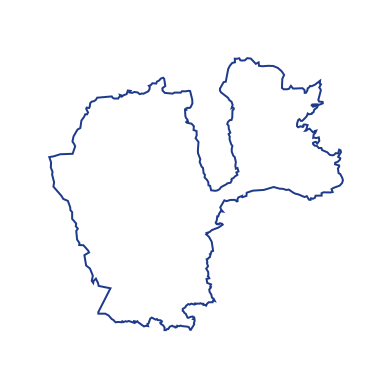 the district of Pano Lefkara, Larnaca, Cyprus, rotated 280°
{"feature_id": "46923920B84753729201746", "entity_name": "Pano Lefkara", "entity_type": "district", "adm_level": 2, "iso_a3": "CYP", "parent_name": "Cyprus", "parent_adm1": "Larnaca", "projection": "natural_earth1", "projection_center": [33.315, 34.87], "detail": "fine", "context": "isolated", "style": "outline", "palette": "blue", "viewbox_px": 384, "rotation_deg": 280, "n_neighbors": 0, "source": "geoboundaries", "source_scale": "gbopen_adm2", "svg_char_len": 6010}
<svg xmlns="http://www.w3.org/2000/svg" viewBox="0 0 384 384"><g transform="rotate(280 192 192)"><path d="M83.3,116.4L83.0,128.4L57.5,120.6L55.9,120.9L57.1,127.7L56.0,131.2L52.9,135.1L52.4,136.6L50.4,139.4L51.2,141.7L51.5,145.5L52.6,145.8L52.0,147.2L53.2,149.0L53.0,150.4L54.0,152.2L53.2,157.2L54.7,157.2L54.7,158.9L53.7,159.0L55.2,160.7L54.3,161.7L51.3,168.0L52.3,170.1L52.3,172.0L54.1,171.0L55.0,172.0L60.1,172.9L61.3,174.2L60.0,178.3L60.8,179.5L59.9,180.4L60.2,183.3L59.4,184.9L58.3,184.5L57.7,183.5L56.8,184.0L55.6,186.8L53.8,188.5L51.2,188.9L51.5,190.4L52.9,191.5L53.0,192.5L55.5,193.5L56.9,195.8L56.2,197.2L56.4,198.8L55.7,199.2L56.2,200.4L57.7,200.6L57.6,202.6L58.5,204.0L58.2,205.6L58.6,211.2L58.3,212.4L56.0,214.1L56.0,214.7L62.2,217.2L63.2,216.6L65.7,217.0L67.0,216.6L67.0,215.7L67.7,216.4L68.9,215.9L68.6,214.9L69.5,214.3L68.8,212.3L67.5,210.4L67.4,209.5L70.9,207.1L71.7,205.4L73.1,204.3L73.3,203.5L75.3,203.2L77.3,205.5L78.7,205.8L81.0,207.8L80.7,209.2L81.9,210.7L81.6,213.9L82.1,214.9L82.7,214.5L83.3,218.6L83.9,219.5L83.6,220.6L83.9,222.6L82.8,222.8L83.0,224.5L82.5,225.6L84.5,226.2L86.3,227.6L87.0,231.4L89.0,231.7L88.7,233.3L90.7,231.8L91.5,230.0L94.3,228.8L96.9,226.6L99.0,225.9L100.7,227.0L101.7,227.2L101.9,226.4L104.3,226.8L105.1,222.8L108.9,221.4L110.0,224.0L111.2,223.2L111.8,222.2L113.1,222.5L116.1,221.8L119.0,219.3L121.6,220.7L124.7,219.0L125.7,219.3L128.3,218.1L129.2,219.6L130.1,219.8L130.9,220.9L133.9,221.1L134.1,220.6L135.2,221.4L136.9,221.5L137.7,223.0L146.3,220.1L150.8,216.5L152.8,213.3L153.8,214.4L154.3,213.7L155.7,216.3L157.9,218.1L161.7,224.4L165.2,227.9L166.0,227.1L166.0,224.7L164.9,224.1L164.7,223.2L165.2,222.8L164.7,221.8L165.8,220.7L168.3,221.3L172.4,221.1L172.5,222.1L175.3,222.5L178.1,223.6L178.1,225.7L179.8,223.7L181.8,222.5L189.4,225.3L189.0,227.6L190.8,231.1L191.7,235.5L190.5,237.8L190.9,238.5L192.6,238.0L194.7,238.6L196.7,241.7L196.0,241.6L195.6,242.4L197.6,246.3L200.8,246.0L203.9,251.7L206.5,262.3L211.1,271.6L210.5,277.6L210.9,281.0L210.4,284.6L211.2,286.9L209.0,291.7L208.3,294.0L208.1,297.3L206.6,303.6L207.8,305.8L204.8,308.5L204.8,310.1L206.5,310.3L206.3,312.2L207.7,314.1L209.8,314.3L211.0,320.3L213.3,319.8L214.5,321.5L215.6,328.5L216.4,330.5L219.0,328.9L220.6,330.6L223.9,336.3L226.8,338.2L229.8,338.6L232.0,337.5L235.4,334.9L236.0,333.1L240.5,331.6L242.5,332.5L243.7,332.3L244.1,328.1L245.7,327.9L247.0,330.2L249.4,332.0L251.0,332.2L252.0,329.8L257.1,331.8L258.8,331.1L259.3,329.6L255.8,329.2L255.3,328.8L255.2,326.8L253.2,325.4L252.5,324.1L252.5,321.2L254.6,318.4L255.9,312.8L257.8,311.8L257.3,309.3L259.1,306.9L258.9,304.9L260.0,303.1L261.3,302.6L261.9,303.2L262.9,305.2L261.4,306.9L264.5,308.5L267.8,307.4L266.7,305.0L266.8,302.8L266.4,302.0L269.7,301.8L271.4,303.1L274.0,303.7L273.4,302.2L272.1,301.7L271.9,300.6L274.7,296.8L273.6,294.7L272.4,294.1L272.0,292.9L273.6,293.7L278.0,294.2L278.1,291.5L277.7,290.2L276.6,289.9L276.2,290.4L275.3,289.9L275.5,287.4L274.2,285.3L275.1,284.0L277.8,283.6L281.3,284.1L282.4,285.1L280.9,287.0L281.3,288.3L286.2,291.7L289.4,292.4L288.8,293.6L289.7,296.3L290.4,296.3L291.6,297.8L294.3,298.1L297.0,300.5L298.5,300.9L298.8,299.7L297.0,296.4L298.2,294.8L299.0,295.2L299.9,298.9L300.1,302.3L302.0,305.4L303.4,305.0L303.1,301.6L304.6,300.4L314.2,301.2L315.4,300.9L317.0,299.2L320.5,300.3L321.0,299.0L323.8,298.8L319.0,294.4L317.0,291.5L316.9,289.8L315.3,289.2L314.2,287.9L312.1,288.0L309.6,287.1L309.2,285.8L312.0,285.1L313.4,282.8L311.4,273.6L313.7,271.0L310.6,269.7L309.8,268.2L309.1,264.5L310.1,262.5L319.1,261.3L323.3,262.4L326.5,259.3L329.1,255.0L330.2,250.0L329.5,245.1L328.1,239.7L327.9,236.1L331.2,235.1L329.3,232.6L333.6,226.8L333.4,223.2L330.8,221.1L330.1,218.3L330.1,216.7L331.9,215.4L330.7,212.1L330.7,211.0L327.2,211.8L326.1,209.2L322.8,207.3L319.5,206.3L306.5,206.1L305.7,204.1L298.7,201.6L296.8,201.9L295.2,203.2L291.0,211.2L289.1,212.7L287.7,215.3L284.8,216.9L281.6,216.5L282.3,217.5L281.7,218.6L280.6,218.7L279.4,217.7L272.3,218.7L269.8,218.4L269.3,216.7L267.1,215.2L265.0,214.9L263.7,216.5L260.5,217.3L257.0,219.4L255.4,218.0L252.9,219.7L251.2,219.6L249.5,220.3L245.8,222.3L244.4,223.8L241.5,223.6L238.5,224.2L234.9,226.4L233.8,228.0L229.1,230.0L225.5,230.1L222.6,231.1L223.5,232.6L220.3,234.2L219.0,232.3L216.7,233.7L214.9,231.7L212.7,230.2L212.1,229.0L211.2,228.6L210.3,229.1L207.8,228.3L206.7,225.3L205.8,224.8L201.9,219.8L199.5,218.6L197.9,216.6L197.2,214.6L197.0,210.5L201.2,208.8L201.4,207.1L204.6,206.3L206.5,204.7L208.5,201.9L211.3,201.7L212.7,200.1L217.5,198.7L218.7,197.0L223.0,194.3L225.7,194.5L231.2,191.2L233.7,190.6L242.4,189.7L245.6,186.2L248.5,186.8L252.8,185.9L253.3,182.8L257.1,182.4L259.2,179.7L259.3,175.0L259.9,174.1L260.6,174.5L260.9,175.7L262.6,174.9L263.8,173.3L265.6,172.3L272.0,170.8L272.0,172.2L273.3,171.8L274.1,172.9L274.4,175.2L275.5,176.0L279.3,177.0L283.0,176.2L291.1,172.6L291.0,170.8L290.0,168.1L289.5,164.6L287.9,163.7L286.9,157.6L285.5,155.8L284.9,148.0L286.8,145.4L289.0,144.8L291.8,147.3L298.7,144.9L299.5,143.6L298.2,141.5L296.1,140.3L294.6,138.3L292.6,137.9L292.2,134.1L290.1,132.9L289.1,131.1L288.0,132.2L285.7,132.3L283.6,131.5L280.4,127.2L280.3,125.6L279.3,123.5L280.6,121.2L280.5,117.9L279.2,115.8L279.2,113.2L280.9,113.9L280.8,111.2L277.0,110.6L275.5,107.9L273.9,106.5L274.8,106.0L275.1,104.0L273.6,104.7L272.5,103.5L271.2,103.1L270.5,99.0L271.2,97.3L272.2,96.4L268.4,82.2L266.2,81.4L264.5,79.8L263.5,77.4L261.7,76.3L258.2,76.5L256.9,76.1L256.8,73.6L255.5,73.4L252.3,75.8L250.3,75.2L250.0,73.4L247.3,72.7L243.2,70.7L235.6,70.9L233.6,68.4L226.2,65.7L221.0,65.5L218.3,68.0L216.6,69.0L208.9,67.8L206.3,55.7L203.1,49.6L201.6,45.4L196.6,48.1L191.6,48.7L187.5,51.2L184.9,51.2L177.6,54.5L173.2,54.6L165.5,64.1L162.8,66.5L161.7,71.3L155.8,74.7L153.0,75.4L151.3,77.5L144.8,78.6L140.8,83.4L138.1,83.5L136.1,85.9L133.4,84.8L125.2,87.1L122.2,90.0L120.2,90.1L120.7,94.3L116.2,100.0L114.6,101.1L111.1,97.0L101.2,100.5L98.9,104.8L92.3,108.9L87.1,108.7L85.3,110.5L87.3,110.5L90.0,112.4L86.1,115.2L83.3,116.4Z" fill="none" stroke="#1e3a8a" stroke-width="2"/></g></svg>